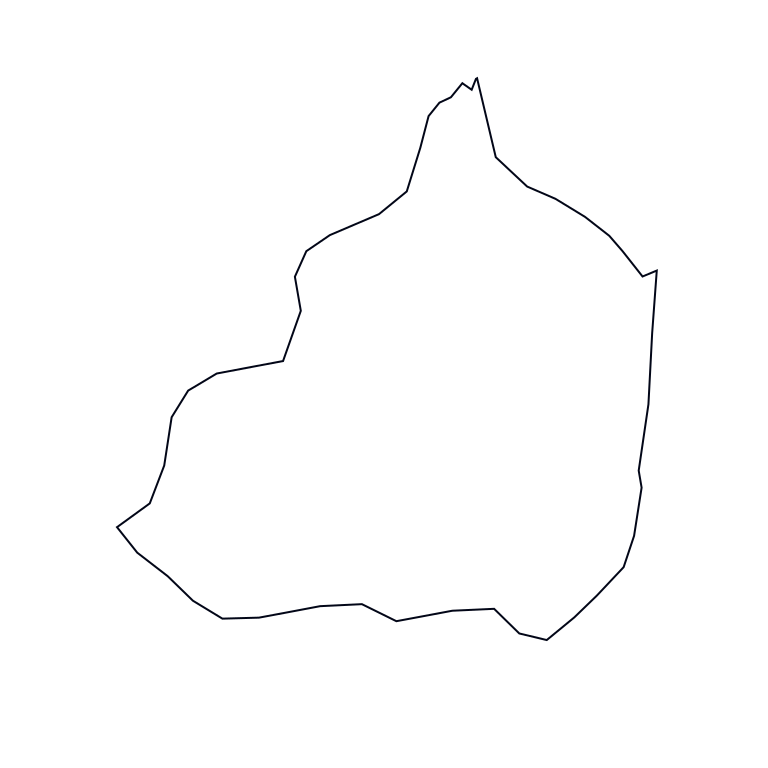 outline of Tongrim, P'yŏngan-bukto, North Korea, rotated 169°
{"feature_id": "82179303B24369360194646", "entity_name": "Tongrim", "entity_type": "district", "adm_level": 2, "iso_a3": "PRK", "parent_name": "North Korea", "parent_adm1": "P'yŏngan-bukto", "projection": "albers", "projection_center": [124.812, 39.902], "detail": "fine", "context": "isolated", "style": "outline", "palette": "ink", "viewbox_px": 768, "rotation_deg": 169, "n_neighbors": 0, "source": "geoboundaries", "source_scale": "gbopen_adm2", "svg_char_len": 825}
<svg xmlns="http://www.w3.org/2000/svg" viewBox="0 0 768 768"><g transform="rotate(169 384 384)"><path d="M234.3,666.4L235.5,666.0L241.8,656.1L249.7,664.3L263.6,652.7L275.9,649.6L289.1,638.5L303.3,608.9L324.9,568.7L356.5,551.7L382.6,546.1L408.7,540.5L434.9,529.2L451.0,506.3L451.7,471.7L478.7,425.8L509.8,426.0L546.2,426.2L577.5,414.9L598.8,391.9L615.3,345.9L636.7,311.5L673.4,294.4L658.4,265.5L648.2,253.9L633.0,236.6L612.9,207.7L587.4,184.5L551.3,178.5L525.3,178.3L489.1,178.1L447.7,172.1L417.1,148.8L391.2,148.6L360.2,148.4L318.8,142.3L298.8,113.3L273.1,101.6L241.7,118.6L215.4,135.7L183.7,158.5L167.5,187.2L150.9,233.1L150.5,250.4L128.3,313.6L111.1,382.6L94.6,443.3L109.7,440.2L124.6,469.1L134.6,486.5L154.8,509.7L180.3,533.0L205.8,550.5L231.0,585.3L234.3,666.4Z" fill="none" stroke="#020617" stroke-width="2"/></g></svg>